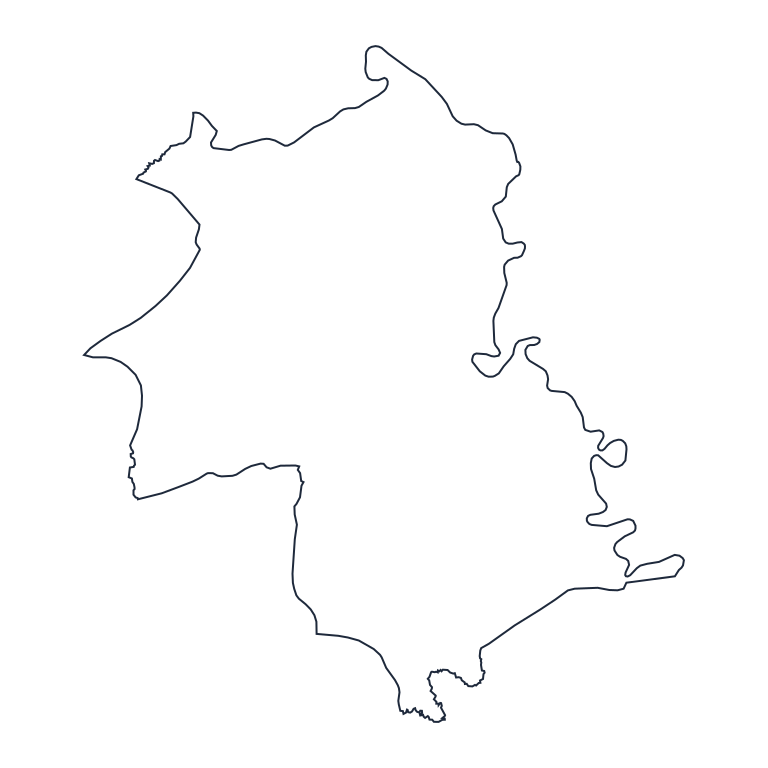 outline of Phanom Phrai, Roi Et, Thailand
{"feature_id": "78962969B84484798937019", "entity_name": "Phanom Phrai", "entity_type": "district", "adm_level": 2, "iso_a3": "THA", "parent_name": "Thailand", "parent_adm1": "Roi Et", "projection": "albers", "projection_center": [104.081, 15.693], "detail": "fine", "context": "isolated", "style": "outline", "palette": "slate", "viewbox_px": 768, "rotation_deg": 0, "n_neighbors": 0, "source": "geoboundaries", "source_scale": "gbopen_adm2", "svg_char_len": 6098}
<svg xmlns="http://www.w3.org/2000/svg" viewBox="0 0 768 768"><path d="M84.1,355.0L92.8,357.3L105.6,357.3L111.5,358.2L120.6,361.9L127.5,366.7L135.6,374.8L140.9,385.4L142.0,395.7L141.6,406.5L137.1,429.2L130.1,445.4L131.6,449.7L132.5,450.4L133.2,452.1L133.0,453.3L130.7,454.0L130.8,456.5L131.4,457.4L133.4,458.3L134.3,459.3L135.0,464.7L134.0,465.7L133.7,466.9L129.9,467.5L128.7,477.2L131.9,478.5L132.4,481.9L133.8,483.9L134.5,487.3L134.6,489.0L133.5,490.3L133.5,494.7L135.6,497.4L137.7,498.1L137.9,499.3L161.7,493.3L178.6,487.0L192.6,481.6L198.8,478.6L206.7,473.6L208.1,473.1L212.9,473.2L217.7,475.7L221.7,476.4L232.5,475.8L236.4,474.6L245.2,468.9L251.3,466.0L260.6,463.6L263.6,463.8L266.6,467.3L270.4,468.7L280.5,465.7L295.4,465.5L299.2,466.4L297.8,469.9L300.1,473.1L301.2,481.0L303.5,482.1L301.5,485.7L300.0,497.3L296.5,503.9L294.4,506.4L294.7,514.5L296.9,524.7L294.8,539.2L292.5,573.7L292.9,582.9L294.2,588.8L296.4,595.4L298.9,598.7L305.6,604.2L310.7,609.4L314.4,615.2L316.4,621.7L316.6,633.9L338.3,635.8L347.9,637.5L358.8,640.5L373.7,649.0L380.1,654.9L381.7,657.4L386.2,667.9L395.0,680.1L397.8,685.2L398.9,688.1L399.5,692.3L398.3,700.9L398.8,704.4L400.3,710.8L402.9,711.1L403.5,713.9L406.0,712.6L407.0,709.6L407.6,709.9L408.2,712.2L410.2,712.6L412.0,711.5L413.6,708.8L415.1,708.2L415.7,710.3L417.2,711.9L419.1,712.3L420.3,710.7L421.9,710.8L422.1,713.0L419.8,713.9L420.2,715.5L423.1,714.9L423.7,716.7L425.1,717.9L427.8,716.1L428.7,717.0L429.5,719.6L432.2,719.7L433.9,721.8L438.6,721.9L442.3,719.8L444.8,719.7L444.7,718.6L442.3,718.1L444.7,716.1L445.1,715.2L441.0,707.7L441.8,705.9L441.1,703.1L440.2,702.9L438.6,705.1L438.5,703.7L436.3,703.7L436.4,701.8L433.9,699.3L435.6,696.5L435.7,695.6L430.6,691.0L431.8,688.7L432.0,687.2L430.0,684.9L429.2,680.4L427.8,678.8L429.5,676.8L431.1,672.2L431.9,671.7L434.8,672.2L436.1,671.7L437.8,672.4L438.0,670.5L439.3,671.3L440.6,670.0L441.6,671.2L442.8,669.7L447.6,670.0L450.1,672.5L453.3,673.6L454.8,673.2L456.1,677.5L458.7,677.2L460.9,677.9L461.8,680.3L464.7,682.4L464.9,684.0L466.7,683.8L468.3,686.1L472.4,686.4L475.0,684.9L476.1,685.5L478.7,683.0L480.4,682.8L480.0,680.5L483.0,679.0L483.5,674.1L484.6,672.7L484.2,671.0L481.9,670.5L481.0,664.9L481.3,662.5L480.8,661.0L481.3,659.2L480.1,658.4L479.7,656.1L480.3,650.5L481.2,648.1L489.0,643.7L514.7,625.4L540.3,609.5L555.4,599.5L567.9,590.4L574.7,588.7L597.7,587.8L609.3,590.0L617.6,590.3L623.6,588.7L626.4,582.7L674.9,576.3L678.9,570.0L681.5,567.7L683.0,565.4L683.9,560.2L682.7,558.1L679.5,555.7L674.7,554.9L659.0,561.9L647.2,563.8L640.3,565.6L636.8,568.2L630.2,575.2L627.7,576.5L625.9,576.2L625.2,575.0L625.6,572.5L629.1,564.9L628.2,560.9L626.0,558.9L620.1,556.8L617.4,555.0L614.5,550.5L614.1,547.9L615.4,544.1L617.2,542.0L624.8,536.3L633.2,532.3L635.0,530.5L635.5,528.5L635.5,525.7L633.2,520.9L629.9,519.4L627.5,519.3L606.9,526.2L591.7,524.9L589.4,524.0L587.6,522.1L586.9,520.8L586.8,518.3L588.1,515.9L590.4,514.8L598.7,513.7L603.0,512.0L605.6,510.0L606.8,506.9L606.1,503.6L598.2,494.6L596.2,490.3L594.2,478.7L591.0,469.0L590.8,463.1L591.7,458.5L594.1,455.9L596.2,455.2L598.2,455.3L606.9,463.1L610.9,465.9L615.0,467.0L618.6,466.5L622.1,464.7L625.4,460.5L626.5,449.3L626.3,446.3L625.2,443.3L622.8,440.9L620.9,439.9L618.3,439.7L613.8,440.9L610.1,443.0L607.5,445.3L604.5,448.9L602.4,450.4L600.4,450.4L599.0,449.6L598.1,447.9L598.2,445.8L603.0,438.0L603.6,436.1L603.2,433.5L602.4,432.0L599.2,430.4L590.6,431.7L585.3,429.9L584.0,427.5L582.7,417.1L580.8,412.6L576.6,405.7L574.7,401.2L571.7,396.9L567.9,393.7L564.7,392.1L551.7,390.9L550.1,390.4L547.7,388.1L547.1,385.6L548.1,379.2L547.5,375.4L545.8,371.3L543.0,368.9L529.6,360.8L527.3,358.2L525.6,354.1L525.4,349.9L527.7,346.0L529.8,345.1L534.2,345.0L537.0,344.0L539.3,342.1L539.7,339.9L539.3,338.9L536.9,337.7L533.0,337.3L519.0,340.9L515.8,344.2L514.2,348.7L513.2,354.3L510.2,358.9L503.7,366.3L498.8,373.4L494.8,375.9L492.9,376.6L488.6,376.7L485.3,375.6L479.8,371.3L472.4,361.8L472.1,359.5L473.1,355.8L474.2,354.4L476.3,353.5L486.3,354.2L491.4,356.1L494.2,356.5L498.6,355.7L500.1,352.9L498.6,349.4L495.4,345.2L494.3,342.1L493.4,320.9L493.8,317.6L495.3,313.6L498.5,308.0L506.6,285.1L506.7,282.8L504.3,273.0L504.1,266.9L504.7,264.6L508.1,260.6L514.1,257.8L517.6,257.7L521.0,256.2L522.0,255.2L523.9,251.0L524.9,248.4L525.0,246.3L524.8,244.9L523.8,243.6L521.5,242.1L517.4,242.5L512.6,243.7L508.8,243.7L505.7,242.4L503.2,238.6L501.9,229.0L493.5,210.5L493.2,208.0L493.7,206.2L495.3,204.5L501.8,201.3L505.8,196.6L506.8,187.2L508.2,183.9L516.1,176.3L518.6,175.2L519.3,174.2L520.3,169.8L520.4,166.4L519.1,162.8L518.3,161.9L517.3,162.0L516.7,160.6L515.6,154.6L512.7,144.4L509.1,138.1L506.4,135.3L504.4,133.9L502.8,133.5L492.7,133.2L485.7,130.4L478.0,125.2L473.9,124.2L465.1,124.6L461.4,123.7L456.6,120.7L452.7,116.3L446.9,103.9L441.7,96.9L425.3,79.2L411.3,70.6L388.4,53.8L381.6,47.9L378.7,46.6L375.5,46.1L371.5,46.9L368.9,48.3L366.4,51.7L365.8,55.4L366.0,61.7L365.3,68.7L365.7,72.1L367.8,77.4L369.2,78.8L372.1,80.1L378.3,80.2L384.4,77.9L386.5,78.9L387.7,81.4L387.6,84.5L385.9,88.6L384.2,90.7L377.9,95.5L366.4,101.8L358.8,107.0L355.0,108.1L348.1,108.3L343.4,109.4L340.1,111.4L332.7,118.2L328.9,120.5L313.9,127.4L294.1,142.4L287.7,145.6L284.8,145.7L275.0,140.5L269.4,139.0L266.4,138.8L261.9,139.4L243.5,144.4L238.6,145.9L231.3,149.8L229.1,150.0L213.5,148.1L212.0,146.9L211.2,145.4L211.0,142.5L215.7,134.9L216.8,131.0L211.9,125.9L208.0,120.6L203.1,115.6L199.4,113.2L196.0,112.6L193.2,112.8L193.4,116.3L190.1,137.0L185.7,141.6L183.4,143.3L179.1,143.8L176.5,145.1L170.6,146.0L169.4,148.6L165.2,152.1L164.5,154.3L162.3,154.3L162.0,155.9L160.9,156.3L160.8,159.5L159.6,159.1L159.4,160.6L158.1,161.1L155.0,160.0L154.0,160.8L153.9,163.2L152.2,163.9L149.2,163.3L149.8,165.6L147.6,166.1L148.5,167.6L147.9,168.8L145.3,169.5L146.0,170.8L145.9,171.4L143.5,172.6L143.1,173.7L138.8,175.3L136.4,179.1L170.4,192.5L172.1,193.5L177.7,199.0L199.5,224.6L198.9,229.3L196.1,237.6L195.7,242.2L196.6,244.5L199.6,248.6L199.8,249.8L190.0,267.9L179.8,280.9L166.9,295.4L155.5,306.0L140.7,317.9L129.6,324.9L111.8,333.7L100.6,340.9L90.4,348.3L84.1,355.0Z" fill="none" stroke="#1e293b" stroke-width="2"/></svg>